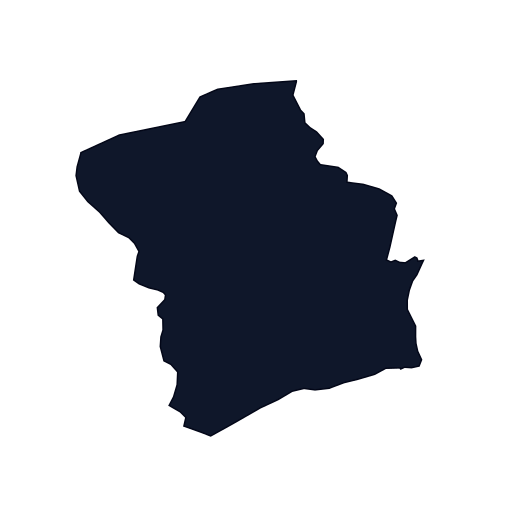 the district of Karforh, River Gee, Liberia, rotated 61°
{"feature_id": "62588387B52645090696794", "entity_name": "Karforh", "entity_type": "district", "adm_level": 2, "iso_a3": "LBR", "parent_name": "Liberia", "parent_adm1": "River Gee", "projection": "equal_earth", "projection_center": [-8.131, 5.281], "detail": "fine", "context": "isolated", "style": "filled", "palette": "ink", "viewbox_px": 512, "rotation_deg": 61, "n_neighbors": 0, "source": "geoboundaries", "source_scale": "gbopen_adm2", "svg_char_len": 1730}
<svg xmlns="http://www.w3.org/2000/svg" viewBox="0 0 512 512"><g transform="rotate(61 256 256)"><path d="M80.7,359.0L81.5,359.6L91.3,369.2L98.5,374.4L113.8,378.9L126.9,376.7L141.7,371.5L147.7,370.2L155.4,368.6L169.0,364.9L178.3,358.3L186.0,356.1L195.3,356.1L198.6,359.8L199.7,360.7L209.0,367.9L217.7,374.6L223.7,371.7L232.0,365.0L238.0,358.4L242.9,354.7L246.2,354.0L248.4,355.7L250.0,356.9L253.3,367.3L260.4,370.2L265.9,368.0L275.7,373.2L280.6,378.3L288.8,383.6L303.1,387.3L309.6,382.9L319.5,380.7L330.4,387.4L339.2,396.3L339.9,397.3L344.6,404.4L349.3,401.6L355.6,397.8L363.2,395.6L369.8,401.5L384.0,389.0L391.4,382.9L391.4,358.3L391.2,344.7L391.0,329.9L390.9,325.8L392.3,306.2L391.8,290.0L393.9,282.4L395.1,278.2L401.7,269.3L407.2,256.0L407.5,253.4L409.4,240.5L413.2,226.5L417.0,209.5L417.1,196.9L423.6,184.4L425.0,184.2L425.3,180.0L429.1,174.1L431.3,166.7L430.6,165.9L427.0,161.5L423.2,161.2L417.7,160.8L410.0,158.5L404.0,155.6L394.7,150.4L376.1,149.6L367.9,145.1L360.2,138.5L353.7,131.1L350.4,124.4L343.0,114.4L341.0,111.6L339.1,116.8L335.7,116.3L333.8,117.6L334.4,128.7L331.2,133.5L327.3,136.3L326.7,140.9L324.1,142.8L322.7,143.9L320.8,142.0L313.1,134.6L293.5,117.2L288.8,112.9L281.8,112.2L277.8,107.6L269.3,108.1L257.2,115.7L245.3,127.5L238.2,137.2L236.9,138.8L235.6,140.7L234.7,140.2L229.8,137.1L226.6,136.9L218.3,141.2L207.3,155.5L202.5,156.4L197.7,156.3L193.4,151.2L190.5,143.4L190.2,142.8L186.6,140.6L176.9,142.9L169.9,146.6L165.7,147.9L163.2,148.7L154.9,145.1L149.9,146.4L148.9,146.3L133.2,145.8L123.1,136.2L122.3,135.8L104.1,174.9L93.7,203.1L91.6,208.7L91.1,213.5L89.8,227.9L101.4,248.1L102.5,250.0L104.1,252.8L88.6,302.1L83.9,317.0L83.8,319.1L80.7,359.0Z" fill="#0f172a" stroke="#020617" stroke-width="1.5"/></g></svg>